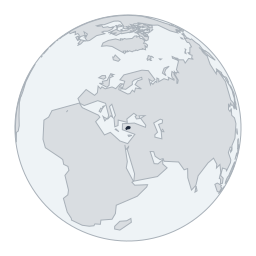 globe centered on Afyonkarahisar, rotated 21°
{"feature_id": "TUR-2272", "entity_name": "Afyonkarahisar", "entity_type": "Province", "adm_level": 1, "iso_a3": "TUR", "parent_name": "Turkey", "parent_adm1": "", "projection": "orthographic", "projection_center": [30.622, 38.521], "detail": "fine", "context": "on_globe", "style": "filled", "palette": "slate", "viewbox_px": 256, "rotation_deg": 21, "n_neighbors": 0, "source": "natural_earth", "source_scale": "10m", "svg_char_len": 10634}
<svg xmlns="http://www.w3.org/2000/svg" viewBox="0 0 256 256"><g transform="rotate(21 128 128)"><circle cx="128" cy="128" r="113" fill="#eef3f6" stroke="#a8b0b8"/><path d="M94.4,20.5L95.0,20.3L99.1,19.2L101.4,18.6L112.3,17.4L125.8,16.9L130.4,16.4L129.2,17.0L137.9,16.2L145.4,17.0L136.8,16.4L135.8,16.6L140.8,17.1L140.8,17.5L143.3,18.1L142.9,18.6L137.8,18.6L137.5,19.0L141.1,19.3L142.9,20.3L137.7,19.7L140.4,21.4L132.5,22.2L119.0,21.2L114.4,23.1L99.9,26.1L101.0,26.7L96.2,28.6L95.7,30.1L93.2,30.5L95.0,31.4L97.4,30.7L99.0,31.0L98.9,31.9L95.7,32.4L95.2,32.1L94.2,32.7L92.6,32.7L93.4,33.2L89.4,34.0L93.2,34.6L90.0,36.4L87.4,36.6L87.9,34.7L83.0,31.5L80.6,31.6L76.6,33.3L68.7,40.1L65.9,41.1L61.9,43.9L63.3,44.0L67.0,41.9L68.7,43.1L72.9,40.7L74.2,40.9L78.4,39.5L77.5,41.8L74.4,44.9L70.8,46.3L69.3,47.8L72.5,48.3L65.6,53.0L60.8,60.0L59.0,61.2L56.0,59.7L56.5,54.8L52.5,54.0L54.8,56.7L50.4,60.0L49.6,61.6L49.6,62.9L51.2,62.6L49.6,64.3L46.8,62.0L48.2,60.4L49.1,61.0L49.3,58.9L47.3,57.8L45.2,59.8L44.5,56.9L43.0,58.4L42.0,58.8L44.5,56.5L40.1,60.7L38.9,59.7L32.9,67.7L39.1,59.0L41.5,55.9L42.0,55.3L47.4,49.4L53.1,43.9L59.3,38.8L65.7,34.1L72.5,30.0L79.6,26.3L86.9,23.1L94.4,20.5ZM18.5,101.6L17.4,108.6L17.2,109.1L16.1,121.5L16.8,131.4L16.9,136.8L16.7,138.2L17.3,141.5L17.4,143.0L21.9,155.7L25.7,165.0L26.6,170.2L25.4,172.1L28.8,181.3L25.1,173.9L22.1,166.3L19.6,158.5L17.6,150.5L16.3,142.4L15.5,134.2L15.4,126.0L15.8,117.8L16.9,109.7L18.5,101.6ZM29.2,73.8L25.9,80.6L26.7,78.7L29.2,73.8ZM32.4,68.7L33.3,67.3L32.7,68.4L32.4,68.7ZM98.7,19.2L102.4,18.3L99.2,19.1L95.4,20.2L95.6,20.1L98.7,19.2ZM109.5,17.1L108.0,17.4L106.4,17.5L107.8,17.3L109.5,17.1ZM133.6,16.1L130.9,16.0L133.5,16.0L133.6,16.1ZM143.7,18.1L144.4,18.0L145.4,18.4L143.7,18.1ZM78.7,38.4L78.5,38.9L77.8,38.9L78.7,38.4ZM80.6,37.3L79.8,36.9L80.6,36.3L81.1,36.6L80.6,37.3ZM145.6,19.6L146.9,20.3L144.7,19.5L145.6,19.6ZM81.4,38.0L82.2,35.4L83.6,34.5L86.6,34.8L81.4,38.0ZM147.1,20.7L150.3,22.6L152.3,22.6L148.6,24.1L147.1,21.8L144.1,20.8L146.4,21.0L147.1,20.7ZM98.2,30.2L95.6,30.9L97.8,29.5L98.2,30.2ZM99.2,29.3L103.7,25.2L107.5,24.8L105.2,26.2L110.2,25.2L109.8,26.9L107.0,27.9L104.6,27.7L106.3,28.5L99.2,29.3ZM146.1,24.7L146.1,25.3L145.1,24.7L146.1,24.7ZM99.8,31.0L100.4,30.1L103.7,29.6L103.2,31.3L102.3,30.9L99.8,31.0ZM111.7,24.1L114.1,24.2L114.4,25.6L115.4,25.9L110.1,26.9L111.7,24.1ZM101.5,31.5L102.8,32.2L101.2,33.3L99.5,31.8L101.5,31.5ZM104.8,28.9L106.4,28.8L105.3,29.4L104.8,28.9ZM96.2,37.8L96.8,36.6L98.6,36.2L96.2,37.8ZM103.4,32.4L104.0,32.0L104.7,31.8L105.3,32.5L103.4,32.4ZM110.8,27.9L110.4,28.6L112.9,27.6L113.3,28.7L109.7,29.3L111.4,29.5L111.5,29.9L108.5,30.0L110.8,27.9ZM108.1,32.6L103.7,34.0L102.2,36.2L100.5,36.5L103.3,32.9L108.1,32.6ZM108.6,31.0L107.9,32.1L106.2,31.9L105.7,31.1L108.6,31.0ZM114.8,29.4L115.2,27.4L115.9,27.4L114.8,29.4ZM108.0,33.3L109.1,32.9L108.1,33.4L108.0,33.3ZM113.1,30.5L113.1,29.8L114.0,29.8L113.1,30.5ZM111.2,33.0L109.7,33.4L109.3,32.8L111.2,33.0ZM112.3,31.9L113.5,32.0L110.0,32.3L112.2,31.5L112.3,31.9ZM113.9,30.6L114.4,30.4L113.8,30.9L113.9,30.6ZM113.6,35.1L109.3,35.6L108.4,34.3L112.7,33.9L113.6,35.1ZM52.7,169.0L46.7,150.8L50.0,146.3L50.8,139.0L73.6,122.2L78.1,125.4L95.7,126.6L97.9,128.0L95.5,133.7L108.5,142.9L113.1,138.4L125.1,143.0L133.3,142.7L136.7,131.4L123.3,131.6L121.3,126.0L132.2,121.1L144.0,121.1L143.6,119.0L136.4,114.5L139.3,110.4L133.9,112.7L135.9,114.8L132.6,116.5L130.5,114.6L131.6,113.1L128.2,112.2L123.7,120.0L125.3,123.0L116.0,124.1L117.8,129.3L115.2,131.6L111.3,123.6L111.8,120.7L104.4,111.6L103.0,114.6L109.9,123.6L107.6,122.7L105.7,127.3L105.4,123.1L98.2,113.0L90.0,113.3L79.1,122.7L74.4,122.2L70.7,118.4L75.1,107.1L85.1,109.5L86.8,106.0L85.1,99.6L88.3,101.1L88.9,98.9L92.7,99.6L98.4,95.4L102.4,95.7L105.0,89.3L107.4,88.7L105.1,92.5L105.7,95.5L115.5,96.4L117.5,95.2L118.5,91.1L121.1,92.0L120.7,88.0L126.5,86.7L119.1,85.0L120.0,80.6L123.7,77.5L122.6,75.8L116.6,81.0L115.4,83.4L116.5,85.9L112.0,92.7L108.6,93.5L108.2,85.5L103.2,85.9L105.1,79.9L120.3,69.0L126.4,67.2L135.8,73.1L134.2,75.8L130.0,74.9L133.5,79.6L133.4,77.3L135.6,78.3L136.9,74.6L138.5,75.1L137.1,71.0L139.2,71.2L140.1,73.8L143.9,69.1L148.4,68.8L148.5,67.5L147.4,66.2L153.8,66.9L153.6,65.9L151.4,65.3L149.6,63.1L148.8,59.5L151.1,60.0L151.7,61.3L156.3,64.9L157.5,68.7L158.3,68.5L157.8,65.4L152.2,60.9L151.1,58.7L154.1,60.4L152.9,59.6L153.1,58.6L155.4,58.2L152.3,56.2L151.0,46.1L155.4,44.5L158.1,46.9L159.7,41.3L164.4,40.5L162.4,39.9L161.8,37.1L160.3,37.3L159.2,36.8L156.9,30.5L158.2,29.5L154.9,26.7L153.8,26.4L152.7,26.9L148.6,24.1L152.3,22.6L154.5,23.2L155.3,22.1L160.1,23.8L164.6,24.9L169.4,27.8L172.5,28.7L172.4,28.2L176.6,29.2L185.2,33.5L178.4,32.1L165.4,27.4L170.7,29.3L169.6,29.6L171.5,30.8L175.3,32.3L175.7,32.0L181.9,39.2L191.0,45.9L190.2,43.0L192.5,43.1L202.2,49.6L214.0,65.1L217.1,66.6L219.2,68.9L220.5,72.3L217.6,69.0L216.4,69.7L214.6,67.5L215.7,72.2L213.1,69.3L215.2,74.7L217.4,76.1L217.4,72.7L220.3,79.0L223.8,80.4L227.2,85.2L231.5,99.2L231.3,107.0L232.0,109.0L230.3,109.1L230.5,115.0L235.4,120.9L236.1,123.8L235.3,133.3L234.9,131.3L230.6,131.5L231.5,139.1L234.8,140.7L236.0,145.8L234.2,146.8L232.8,142.5L231.3,142.4L230.5,136.1L226.9,129.1L224.9,133.7L223.9,130.0L218.7,125.5L215.2,131.9L210.6,147.5L211.9,157.2L209.5,163.2L201.7,153.1L198.2,144.5L195.4,146.9L187.4,141.6L173.7,146.1L171.7,144.0L169.2,146.0L163.5,144.7L160.5,140.9L157.1,142.0L165.2,151.9L168.8,150.8L171.8,145.4L173.4,149.2L178.8,151.2L172.9,162.8L152.5,175.5L150.5,168.3L135.0,148.3L135.4,145.8L135.4,145.5L135.2,145.0L133.7,149.1L131.1,144.9L139.4,159.6L140.7,165.9L152.2,175.9L151.1,177.2L154.8,179.0L166.6,173.9L166.6,176.3L161.1,188.4L144.7,204.3L146.9,212.4L145.8,218.9L135.7,223.7L136.7,227.8L131.5,229.4L131.2,231.5L127.0,233.6L120.1,235.2L108.2,234.2L107.4,232.6L101.4,228.3L92.9,216.8L95.8,212.0L94.7,207.3L86.1,194.8L88.0,188.7L85.7,185.4L81.0,185.0L78.4,180.9L75.6,180.0L57.9,176.0L52.7,169.0ZM65.5,133.0L64.8,135.2L65.5,133.0ZM156.4,126.9L163.5,126.0L160.3,119.4L162.8,118.6L160.8,116.8L160.0,118.9L155.2,113.7L158.2,111.1L157.4,108.1L155.0,108.2L150.2,114.1L157.1,121.4L155.5,124.7L156.4,126.9ZM17.4,108.8L17.1,110.7L17.2,109.5L17.4,108.8ZM22.2,91.1L21.6,93.2L21.8,91.8L22.2,91.1ZM25.2,82.2L22.5,89.5L23.0,87.4L24.8,82.9L24.0,84.9L25.2,82.2ZM31.2,70.5L30.5,71.8L30.1,72.3L31.2,70.5ZM32.0,69.6L32.1,69.3L32.8,68.2L32.0,69.6ZM50.6,60.2L50.8,60.4L50.5,61.9L49.9,61.7L50.6,60.2ZM53.7,66.5L51.2,69.2L52.6,67.0L51.2,67.0L52.5,62.6L58.2,61.6L55.4,62.7L53.7,66.5ZM55.8,56.8L54.3,59.4L55.7,56.6L55.8,56.8ZM88.2,87.2L89.3,89.0L87.7,91.2L82.7,91.6L85.0,88.3L88.2,87.2ZM91.4,91.1L92.4,83.5L95.5,83.2L93.6,84.6L95.6,85.1L93.0,87.6L95.0,95.0L93.7,97.5L85.2,96.5L88.7,95.3L87.3,93.6L91.4,91.1ZM89.4,67.0L89.9,64.4L96.1,67.0L95.0,69.2L89.9,69.6L88.3,67.2L89.4,67.0ZM86.4,39.3L86.2,38.6L87.1,38.3L88.0,38.7L86.4,39.3ZM96.3,37.3L88.3,42.3L87.7,41.7L83.8,45.8L80.5,45.8L83.2,43.1L77.8,46.3L78.8,43.9L75.4,46.3L81.6,40.3L82.3,38.5L82.7,40.5L85.7,40.5L87.2,39.9L92.0,37.1L95.1,33.5L98.5,33.1L100.1,33.8L99.9,34.7L97.7,34.6L99.0,35.7L95.7,36.3L96.3,37.3ZM116.8,46.1L114.4,45.1L116.4,48.7L113.1,48.7L113.6,49.2L111.1,50.3L108.8,52.5L107.4,52.2L107.1,53.2L105.5,54.1L104.6,55.4L101.8,55.4L100.5,57.0L99.9,56.1L98.5,59.0L98.2,56.9L96.0,58.0L97.4,59.5L83.9,57.6L78.5,58.9L74.0,61.2L74.2,57.6L78.4,53.2L84.5,49.3L89.8,48.8L88.9,47.4L91.1,46.8L90.9,48.1L92.6,45.7L94.4,45.6L99.8,42.9L101.2,39.8L103.2,38.8L103.6,40.0L105.4,38.3L107.4,40.0L108.9,39.4L112.4,40.6L112.2,43.4L113.9,42.6L116.6,43.6L116.8,46.1ZM114.6,35.5L115.1,38.6L113.6,40.2L108.1,37.5L106.5,37.8L102.9,36.4L105.2,34.1L106.0,34.7L107.3,34.7L106.1,35.4L108.1,34.9L109.2,35.8L111.1,35.7L110.8,36.6L114.6,35.5ZM100.5,126.1L102.2,126.6L104.9,126.7L103.8,129.7L100.5,126.1ZM95.5,119.2L97.1,119.1L96.8,123.1L95.0,122.7L95.5,119.2ZM98.2,115.7L97.2,118.8L96.7,116.9L98.2,115.7ZM106.6,92.3L108.3,92.0L108.4,93.0L107.4,94.3L106.6,92.3ZM122.0,57.8L120.9,56.7L121.4,56.2L121.0,53.1L123.4,53.0L124.6,54.8L122.0,57.8ZM134.3,133.5L131.8,135.7L130.6,134.7L131.7,134.1L134.3,133.5ZM117.0,133.1L120.8,134.7L116.6,133.9L117.0,133.1ZM124.5,57.1L124.1,55.8L125.6,56.5L124.5,57.1ZM125.1,52.7L126.9,53.3L123.7,52.6L125.1,52.7ZM164.9,214.8L157.0,226.2L151.7,227.1L150.8,224.5L153.8,218.0L160.0,215.1L163.1,211.4L164.9,214.8ZM238.7,148.6L237.0,154.8L235.9,156.8L236.4,154.6L238.3,149.9L238.9,147.7L238.7,148.6ZM236.3,154.8L234.2,155.4L229.3,149.5L231.1,147.4L235.8,148.1L235.6,149.8L236.9,150.3L236.3,154.8ZM240.3,135.3L240.0,139.6L239.2,143.8L238.6,145.2L238.3,141.5L238.5,138.2L239.1,136.7L239.6,121.6L240.1,121.4L240.3,127.1L240.6,128.6L240.3,135.3ZM212.4,157.8L215.0,161.9L213.5,163.9L212.4,157.8ZM238.7,113.0L239.2,119.3L238.4,112.0L238.7,113.0ZM237.6,106.9L238.1,108.6L237.5,107.8L237.6,106.9ZM233.0,111.6L232.5,113.8L231.9,112.5L232.2,109.0L233.0,111.6ZM229.8,89.4L231.8,93.2L232.5,94.9L231.2,93.4L229.8,89.4ZM144.3,55.6L142.2,59.9L142.3,63.3L144.8,65.5L140.4,64.4L140.3,59.2L144.3,55.6ZM150.0,47.1L147.7,45.5L149.3,45.2L150.0,45.5L150.0,47.1ZM148.2,46.9L144.5,46.9L143.6,45.4L146.7,45.6L148.2,46.9ZM134.5,51.6L133.7,52.8L132.5,52.2L134.5,51.6ZM240.5,132.9L240.6,128.7L240.6,125.7L240.6,124.7L240.6,126.9L240.6,128.2L240.6,128.7L240.5,132.9ZM239.7,113.5L239.4,112.4L239.7,115.4L238.6,107.3L239.1,109.7L239.7,113.5ZM238.6,108.2L239.0,111.0L238.3,106.7L238.6,108.2ZM238.7,110.4L238.2,108.3L238.2,107.3L238.7,110.4ZM238.6,107.5L237.6,103.4L238.1,104.9L238.6,107.5ZM236.7,104.0L237.8,104.7L237.4,106.9L234.8,99.9L234.8,98.2L236.7,104.0ZM220.6,67.7L219.2,66.3L218.4,64.5L219.6,66.0L220.6,67.7ZM214.8,58.0L217.8,63.5L220.0,68.4L220.5,68.2L223.0,72.1L221.0,70.7L217.8,65.0L216.5,62.0L214.1,59.1L211.8,55.7L208.8,53.1L207.0,51.1L209.4,52.6L214.8,58.0ZM207.5,52.1L201.5,47.2L201.1,45.4L202.4,46.1L205.3,49.0L205.3,49.8L207.5,52.1ZM199.9,45.6L199.8,46.3L190.8,42.3L188.8,41.0L195.5,42.8L195.8,43.6L198.1,45.1L199.9,45.6ZM147.3,25.3L146.2,25.3L146.8,24.9L147.3,25.3ZM158.4,36.9L157.1,36.2L158.0,35.7L158.4,36.9ZM154.0,34.0L154.0,35.1L153.1,33.8L154.0,34.0ZM154.2,37.6L153.6,35.4L155.5,37.7L154.2,37.6Z" fill="#d9dde1" stroke="#a8b0b8" stroke-width="1"/><path d="M126.9,127.6L127.2,127.4L127.3,127.3L127.3,127.1L127.4,126.9L127.6,126.8L127.7,126.7L127.8,126.7L127.8,126.8L128.0,126.9L128.3,126.7L128.5,126.7L128.5,126.8L128.6,126.7L128.8,126.6L129.0,126.5L129.2,126.8L129.3,126.9L129.5,126.8L129.6,127.0L129.6,127.4L129.5,127.5L129.4,127.9L129.2,128.0L128.9,128.2L128.7,128.0L128.4,128.3L128.2,128.5L127.9,128.6L127.7,128.8L127.5,129.0L127.4,129.0L127.3,129.3L127.2,129.5L126.9,129.4L126.8,129.5L126.7,129.4L126.5,129.1L127.1,128.7L126.9,128.2L126.7,128.1L126.7,127.9L126.8,127.8L126.9,127.7L126.9,127.6Z" fill="#64748b" stroke="#1e293b" stroke-width="1.5"/></g></svg>